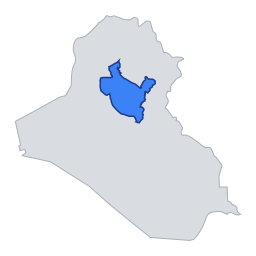 Sala ad-Din highlighted on a map of Iraq
{"feature_id": "IRQ-3052", "entity_name": "Sala ad-Din", "entity_type": "Province", "adm_level": 1, "iso_a3": "IRQ", "parent_name": "Iraq", "parent_adm1": "", "projection": "orthographic", "projection_center": [43.888, 34.578], "detail": "fine", "context": "in_parent", "style": "filled", "palette": "blue", "viewbox_px": 256, "rotation_deg": 0, "n_neighbors": 0, "source": "natural_earth", "source_scale": "10m", "svg_char_len": 6968}
<svg xmlns="http://www.w3.org/2000/svg" viewBox="0 0 256 256"><path d="M98.1,22.7L100.2,22.1L104.1,18.9L106.4,15.9L107.2,15.6L109.2,16.7L110.6,16.9L114.0,15.8L116.0,16.4L117.7,17.2L118.6,17.3L123.1,19.2L124.3,19.4L126.6,19.7L130.1,19.8L132.3,18.5L133.9,17.3L135.0,17.4L136.1,17.7L137.0,18.2L137.7,19.1L138.1,20.3L138.0,24.4L138.3,25.5L138.9,26.3L139.7,26.4L140.7,25.5L142.3,24.2L144.3,22.8L145.8,21.5L146.7,21.0L148.1,21.1L149.4,21.3L150.2,21.9L150.2,22.1L150.9,24.0L152.8,31.2L153.8,32.1L155.0,32.8L155.8,33.9L156.1,35.0L156.1,36.6L156.1,38.6L156.6,40.0L157.3,41.2L157.9,41.7L158.9,41.8L160.0,42.0L160.8,43.1L163.3,51.3L163.5,52.3L164.6,52.7L166.2,52.5L167.9,53.3L169.8,54.6L171.6,57.1L172.7,57.4L176.4,57.0L181.4,57.3L183.7,58.5L183.5,59.3L181.7,60.2L178.6,61.4L177.7,63.1L177.2,65.4L177.3,66.7L178.1,68.1L180.4,70.9L180.6,71.9L181.0,73.3L181.5,74.2L181.0,76.1L179.0,77.4L176.4,78.9L171.1,85.3L170.7,86.6L170.8,90.3L170.3,91.4L168.6,91.4L167.2,91.2L167.2,92.5L166.3,94.2L165.9,95.7L167.9,99.3L168.3,101.1L168.0,102.8L166.2,105.8L165.2,107.8L165.4,108.3L166.9,109.0L171.5,115.4L173.0,117.7L174.9,117.1L175.6,117.1L176.2,117.4L176.6,118.2L176.6,119.2L176.1,120.6L178.6,121.2L179.5,122.6L182.4,127.6L182.4,129.1L181.0,131.5L181.1,133.1L181.4,134.5L181.9,135.0L186.1,135.1L187.9,135.7L192.3,138.1L197.4,141.9L201.6,145.1L205.2,147.7L208.9,147.4L210.0,147.9L211.0,148.7L212.1,150.9L214.4,156.0L216.3,157.6L219.3,161.6L222.1,165.4L220.5,170.7L219.0,176.2L219.2,183.2L219.4,187.0L223.0,187.0L227.1,187.0L227.3,191.5L227.5,196.0L227.7,201.2L228.9,201.3L230.8,202.4L231.7,204.0L232.8,204.9L234.0,205.0L235.2,205.7L236.5,207.2L237.0,208.3L236.7,209.1L237.0,210.4L237.9,212.3L239.0,213.2L240.6,214.3L238.5,215.0L236.1,214.6L231.1,212.5L229.4,212.6L227.4,213.5L227.3,214.3L221.9,212.0L220.0,211.5L219.3,211.5L216.3,211.6L212.0,212.2L209.5,213.3L207.8,214.5L207.0,215.6L206.8,216.2L205.5,219.4L204.0,223.5L202.4,227.2L199.3,232.4L197.6,234.9L193.9,239.4L189.7,240.4L180.1,239.7L169.4,238.9L158.7,238.1L150.8,237.5L150.2,237.3L142.4,231.0L136.2,226.1L128.5,219.8L120.7,213.5L112.8,207.0L107.1,202.2L100.2,196.1L93.9,190.5L89.0,186.1L82.7,182.2L77.8,179.1L70.6,174.6L64.9,171.0L60.1,167.9L52.6,163.1L50.2,161.8L42.4,160.0L35.0,158.4L27.3,156.8L22.2,155.6L25.8,152.6L24.9,149.6L22.4,150.0L20.1,150.6L18.9,146.0L20.7,145.5L19.4,139.6L18.0,133.4L16.7,127.5L15.4,121.4L21.9,117.9L26.8,115.2L33.7,111.5L40.3,107.9L46.5,104.4L53.4,100.6L59.5,97.1L65.0,95.8L66.2,94.7L68.9,89.8L71.1,85.6L71.3,84.6L71.4,78.6L72.0,71.5L72.8,67.8L74.1,64.5L75.3,62.0L75.5,59.8L75.4,57.4L74.3,53.9L73.2,50.2L73.4,46.7L73.7,44.8L74.5,41.9L75.9,39.7L77.3,38.4L82.4,37.1L85.4,36.3L89.5,32.5L92.0,30.2L95.4,26.6L97.9,24.0L98.1,23.0L98.1,22.7Z" fill="#d9dde1" stroke="#a8b0b8" stroke-width="1"/><path d="M146.1,76.6L148.4,78.9L148.8,79.1L149.3,79.2L149.7,79.1L152.1,79.2L152.9,79.3L154.8,80.6L155.1,81.0L155.2,81.3L155.1,81.7L155.2,83.6L154.1,84.6L153.4,85.0L152.8,85.2L152.6,85.4L152.4,85.6L152.4,85.8L152.5,86.0L152.4,86.5L152.1,87.0L151.7,87.5L151.3,87.7L151.1,87.8L150.4,88.0L150.0,88.3L149.8,88.5L149.7,88.7L149.7,88.8L149.7,89.0L149.8,89.2L149.9,89.3L150.0,89.7L150.0,90.1L149.6,90.8L149.3,91.2L149.0,91.5L148.7,91.8L148.3,92.1L148.0,92.4L147.9,92.7L147.8,93.0L147.7,93.0L147.6,92.9L146.8,92.2L146.5,92.0L146.3,91.9L146.0,91.9L145.5,91.7L145.3,91.6L145.0,92.0L144.9,92.1L144.9,92.5L145.3,93.3L145.3,93.5L145.2,93.7L144.9,93.9L144.9,94.0L145.0,94.0L145.3,94.4L145.2,94.5L144.9,94.6L144.7,94.7L144.6,94.9L144.6,95.0L144.8,95.0L144.7,95.2L144.6,95.3L144.8,95.4L145.0,95.3L145.0,95.5L145.0,95.8L144.9,95.9L144.8,96.0L144.8,96.3L144.9,96.5L144.9,96.8L144.8,97.3L144.5,97.7L144.4,98.0L144.4,98.3L144.6,98.5L144.8,98.7L144.9,98.8L145.1,98.9L145.4,99.3L145.1,99.5L145.1,100.0L144.9,100.2L144.8,100.3L144.7,100.5L144.7,101.0L144.4,100.9L144.3,101.0L144.2,101.0L143.8,101.1L143.6,101.2L143.0,101.9L142.9,102.1L142.9,102.4L142.7,102.5L142.6,102.4L142.7,102.2L142.4,102.3L142.3,102.6L142.2,102.7L141.8,102.7L141.6,102.7L141.5,102.8L141.6,103.0L141.6,103.7L141.6,103.8L141.3,103.8L141.1,103.8L141.0,104.0L141.2,104.4L141.2,104.5L141.1,104.8L140.6,105.2L140.5,105.3L140.7,105.5L140.5,106.1L140.5,106.4L140.2,106.8L140.2,107.1L140.3,107.2L140.6,107.2L141.4,107.1L142.0,107.2L142.3,107.3L143.3,108.2L143.6,108.6L143.8,109.0L143.9,109.5L143.8,110.0L143.7,110.5L142.9,111.7L142.5,112.9L142.5,113.1L142.5,113.4L142.5,113.6L142.7,113.9L142.8,114.0L143.3,114.5L143.0,115.2L142.9,115.4L142.6,116.9L142.9,117.5L142.8,118.2L142.6,118.9L141.7,119.7L141.3,120.0L140.8,120.5L140.5,120.9L139.3,122.7L137.6,122.6L136.8,122.0L136.0,121.8L136.7,121.2L136.5,120.9L136.0,120.1L135.3,118.3L134.9,117.5L134.5,117.1L133.7,116.4L133.1,116.2L129.3,116.3L127.2,115.6L124.4,114.5L122.0,114.1L120.8,113.6L117.7,110.9L114.2,107.2L112.6,105.2L111.5,102.3L111.3,100.8L110.9,99.4L110.4,98.5L110.2,97.7L110.1,96.0L109.7,93.7L107.0,95.2L106.3,95.1L105.3,94.6L101.0,90.9L100.2,87.0L100.3,81.0L100.1,80.7L100.7,78.0L103.3,77.5L111.2,77.5L112.0,77.4L112.3,77.1L112.2,77.0L112.2,76.8L112.3,76.5L112.3,76.3L112.3,76.2L112.2,76.1L112.2,75.9L112.1,75.7L111.9,75.6L111.7,75.6L111.7,75.4L111.6,75.2L111.4,75.1L111.4,74.9L111.2,74.6L111.1,74.4L110.9,74.4L110.8,74.1L110.9,73.6L110.9,73.4L111.0,73.1L111.0,72.9L110.9,72.9L110.6,72.1L110.5,71.9L110.5,71.7L110.4,71.5L110.3,71.4L110.0,71.1L109.8,70.9L109.2,70.1L109.1,69.9L109.1,69.6L109.0,69.4L109.0,69.2L109.0,68.7L109.2,68.4L109.3,68.2L109.3,67.9L109.1,67.3L108.9,67.0L108.9,66.9L109.0,66.9L109.1,66.7L109.3,66.5L109.5,66.5L109.8,66.5L110.4,66.2L110.7,66.0L111.2,65.6L111.4,65.4L111.6,65.4L112.0,65.4L114.7,63.5L116.1,63.0L116.5,62.7L117.0,62.5L117.3,62.3L117.6,61.7L117.8,61.5L118.1,61.4L118.4,61.4L118.6,61.2L118.8,60.7L119.0,60.5L118.8,61.2L118.8,61.3L118.7,61.5L118.8,61.7L118.9,61.8L119.0,62.0L119.2,62.6L119.1,62.8L119.1,63.0L119.3,63.2L119.5,63.3L119.8,63.7L119.9,64.1L119.9,66.2L119.9,66.5L119.8,67.0L119.8,67.4L119.7,67.5L119.1,67.9L118.7,68.5L118.4,68.5L118.2,68.3L118.2,68.1L118.1,67.9L118.1,67.7L117.9,67.5L117.6,67.4L117.5,67.8L117.5,68.1L117.5,68.4L117.4,68.7L117.5,68.9L117.6,69.1L117.9,69.4L118.4,70.0L118.7,70.3L119.3,70.5L119.6,70.7L119.7,71.1L119.5,71.3L119.4,71.4L119.5,71.5L119.5,72.1L119.4,72.3L119.3,72.5L120.4,72.7L120.9,72.9L120.8,73.4L120.6,73.6L120.3,73.6L120.1,73.8L120.0,74.1L120.1,74.3L120.3,74.7L120.5,75.0L122.1,76.7L122.4,77.1L123.0,77.4L123.4,77.7L123.6,78.0L124.1,78.3L125.8,79.1L131.7,82.7L133.3,83.3L135.2,84.1L136.5,85.0L138.4,86.8L140.1,88.1L140.3,88.2L140.7,88.2L141.2,87.6L141.3,87.4L141.0,87.3L140.9,87.3L140.9,87.2L140.9,86.8L140.8,86.7L140.9,86.4L140.9,86.0L140.9,85.9L141.0,85.8L141.3,85.6L141.4,85.4L141.5,85.2L141.9,84.5L142.2,84.3L142.2,84.2L142.3,84.1L142.4,83.8L142.4,83.7L142.5,83.3L142.6,83.2L142.6,82.9L142.6,82.7L143.0,82.2L143.5,81.7L143.9,81.0L144.1,80.8L144.4,80.6L144.7,80.5L145.3,80.0L145.5,79.7L145.6,79.2L145.1,78.2L145.1,77.8L145.2,77.3L145.4,77.0L145.6,76.8L145.7,76.7L145.9,76.6L146.1,76.6Z" fill="#3b82f6" stroke="#1e3a8a" stroke-width="1.5"/></svg>